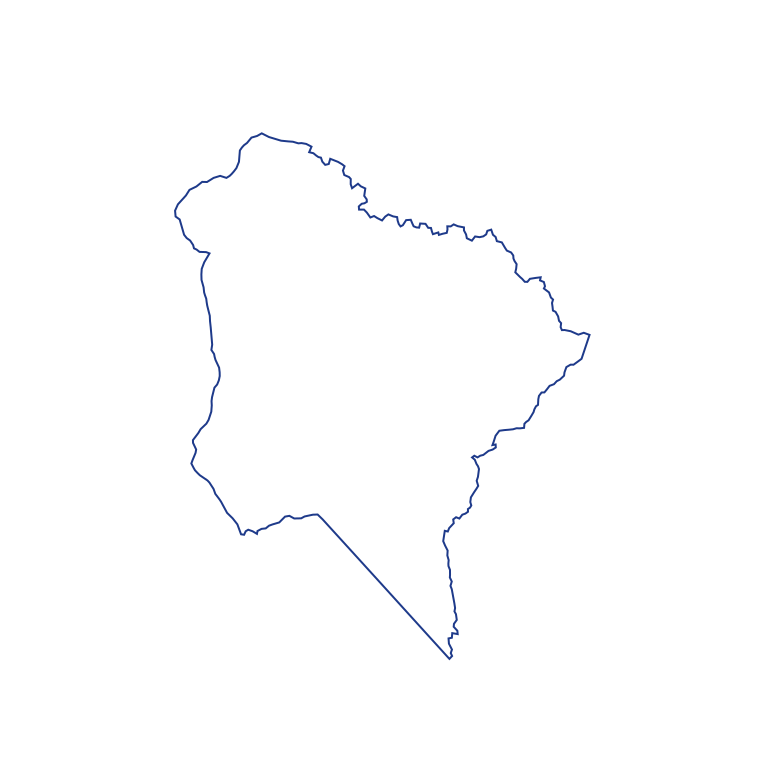 the district of Belém do São Francisco, Pernambuco, Brazil, rotated 67°
{"feature_id": "56859067B50244249389471", "entity_name": "Belém do São Francisco", "entity_type": "district", "adm_level": 2, "iso_a3": "BRA", "parent_name": "Brazil", "parent_adm1": "Pernambuco", "projection": "albers", "projection_center": [-38.984, -8.567], "detail": "fine", "context": "isolated", "style": "outline", "palette": "blue", "viewbox_px": 768, "rotation_deg": 67, "n_neighbors": 0, "source": "geoboundaries", "source_scale": "gbopen_adm2", "svg_char_len": 4113}
<svg xmlns="http://www.w3.org/2000/svg" viewBox="0 0 768 768"><g transform="rotate(67 384 384)"><path d="M662.6,431.2L661.0,427.6L657.8,427.7L655.0,425.2L648.4,425.7L643.4,424.0L644.1,420.7L640.0,418.5L643.0,413.9L639.8,412.9L634.7,414.7L632.1,413.3L629.6,409.2L624.0,407.7L620.9,408.0L618.0,406.1L613.3,404.9L599.4,401.8L595.8,401.7L592.3,398.8L587.9,399.0L585.5,397.8L580.9,395.9L576.8,395.8L574.4,394.9L571.4,393.3L566.6,392.7L562.2,390.5L556.5,390.9L551.8,390.9L542.9,385.4L544.7,382.9L542.1,380.3L541.0,377.8L539.4,374.2L535.7,373.2L534.8,369.7L537.3,367.2L534.9,363.0L535.1,359.7L534.4,356.6L531.9,355.6L531.4,353.1L529.9,351.1L526.4,350.7L522.3,348.3L518.8,343.3L516.6,339.9L514.6,337.1L509.3,336.5L506.2,333.8L499.4,329.8L496.5,329.6L493.6,330.1L489.2,330.0L486.0,331.6L485.3,328.9L488.1,326.6L487.6,323.4L488.1,320.3L486.4,313.9L486.8,309.6L486.1,305.9L483.3,304.9L482.6,308.0L480.0,305.6L475.2,301.5L472.1,296.1L473.4,291.4L475.1,286.2L476.1,282.9L476.5,279.4L478.0,276.0L479.1,272.2L475.5,270.3L474.5,268.0L473.9,265.1L471.1,261.1L468.3,257.3L466.1,255.5L463.9,252.8L463.4,250.4L458.3,247.9L455.5,246.0L453.4,242.3L454.4,239.6L452.4,235.8L450.4,232.3L450.6,227.6L448.9,223.9L448.7,220.5L446.7,215.0L443.8,213.3L439.7,209.5L439.1,204.7L440.3,202.0L439.1,196.8L438.0,192.3L419.1,175.6L414.9,180.1L414.5,185.8L408.4,191.5L404.9,196.6L403.9,199.2L400.7,199.2L397.2,197.2L394.2,198.2L389.8,197.3L384.6,197.9L382.4,199.8L378.8,198.7L375.1,197.7L372.3,195.4L369.6,196.6L364.2,196.3L358.6,199.5L356.9,197.6L352.6,197.0L349.6,199.9L347.0,198.1L345.7,202.6L344.2,208.6L346.0,212.1L344.9,214.5L341.3,215.7L338.8,216.9L332.5,219.5L329.5,217.3L325.5,215.1L321.8,215.8L319.1,215.8L316.2,214.8L312.6,215.6L309.2,218.8L305.9,219.4L299.7,220.2L296.6,224.3L292.3,223.8L289.2,225.4L283.8,225.0L283.4,229.0L286.2,231.5L286.9,234.9L286.2,238.6L283.8,242.5L286.4,247.1L282.2,250.8L278.4,250.0L273.9,250.4L271.1,249.2L267.5,254.5L264.3,257.5L265.0,261.0L263.6,264.1L266.6,265.2L269.4,267.2L268.6,271.4L268.2,275.2L265.7,274.8L265.2,280.4L262.4,280.3L258.7,279.8L257.5,282.3L252.8,283.2L250.4,288.0L253.8,290.6L252.5,293.0L250.4,295.1L247.7,295.2L243.3,295.2L241.8,299.6L245.2,304.6L245.4,307.2L242.5,307.9L238.9,307.6L235.5,306.7L233.3,310.1L229.6,313.7L230.4,317.5L232.7,321.9L228.7,325.3L225.5,327.5L225.4,331.5L219.5,332.8L215.6,334.3L213.7,338.8L210.7,337.8L209.4,334.1L210.0,331.4L209.6,328.6L207.3,327.8L203.1,328.7L196.7,324.8L193.0,328.1L189.5,329.7L191.3,336.9L187.1,336.6L182.3,334.5L179.9,335.3L176.1,338.9L171.5,338.4L168.1,335.2L165.4,336.7L161.6,339.5L155.7,345.5L159.9,348.9L159.3,352.5L155.2,353.9L151.0,353.6L149.5,355.7L147.3,357.1L144.0,358.8L141.4,362.3L137.2,358.0L132.6,361.8L130.0,365.8L129.0,368.8L125.4,373.2L123.3,377.3L119.8,383.7L111.7,393.4L105.5,398.6L106.1,403.9L105.4,409.7L108.6,415.9L109.5,419.6L110.8,422.4L112.7,425.4L122.8,430.7L127.6,435.5L129.7,439.2L131.1,442.1L132.1,444.7L132.7,448.5L128.4,453.5L127.7,460.3L128.9,468.0L126.9,472.4L128.9,479.5L129.3,487.2L133.1,492.7L138.1,503.5L142.8,508.6L148.4,510.4L152.7,507.8L168.5,509.7L172.6,508.6L176.2,506.4L181.5,505.4L184.9,505.9L187.0,504.0L190.3,502.2L193.1,496.2L195.6,493.6L201.7,501.9L206.8,506.8L211.8,509.3L216.9,511.3L224.5,512.3L229.5,513.8L232.3,514.1L236.0,514.3L239.5,515.3L242.8,516.1L247.8,516.9L253.1,517.7L258.2,519.6L264.2,521.4L280.7,526.8L285.2,529.6L290.0,528.7L292.8,529.3L296.0,529.7L304.5,529.4L309.0,530.7L312.5,532.1L316.1,534.6L319.3,537.8L321.1,541.5L328.9,547.4L332.3,549.4L336.4,550.9L342.0,553.8L348.5,559.5L351.1,563.0L353.9,570.4L356.6,574.1L361.0,581.8L363.6,582.8L370.9,582.5L373.8,584.4L379.2,589.9L381.9,592.4L387.0,592.0L389.6,591.7L393.1,590.4L396.0,589.2L403.8,584.2L406.5,583.2L414.0,581.9L419.2,582.2L425.1,580.7L428.6,580.0L441.3,578.8L448.5,575.8L455.9,573.8L466.5,574.3L468.1,571.7L465.5,568.8L465.1,565.9L468.2,562.5L472.3,559.5L469.9,557.9L469.5,553.3L470.7,549.3L469.5,545.2L469.7,541.5L470.5,534.5L467.4,526.9L468.4,522.6L472.7,519.2L475.3,512.7L474.9,508.9L476.5,500.6L478.2,496.1L484.6,493.4L563.1,465.9L596.7,454.2L662.6,431.2Z" fill="none" stroke="#1e3a8a" stroke-width="2"/></g></svg>